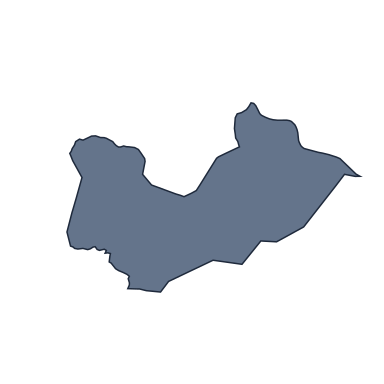 Luzilândia, Piauí, Brazil (Mercator projection), rotated 38°
{"feature_id": "56859067B92615603488319", "entity_name": "Luzilândia", "entity_type": "district", "adm_level": 2, "iso_a3": "BRA", "parent_name": "Brazil", "parent_adm1": "Piauí", "projection": "mercator", "projection_center": [-42.399, -3.602], "detail": "fine", "context": "isolated", "style": "filled", "palette": "slate", "viewbox_px": 384, "rotation_deg": 38, "n_neighbors": 0, "source": "geoboundaries", "source_scale": "gbopen_adm2", "svg_char_len": 1700}
<svg xmlns="http://www.w3.org/2000/svg" viewBox="0 0 384 384"><g transform="rotate(38 192 192)"><path d="M267.3,82.9L253.6,88.7L251.5,88.8L249.3,88.5L246.0,86.9L244.3,85.8L238.9,80.2L236.4,78.2L233.9,76.7L231.6,75.7L227.0,75.2L225.0,75.7L222.5,77.0L215.3,82.7L211.5,85.1L208.0,86.7L203.9,87.9L199.5,88.8L197.1,88.5L193.2,86.6L189.1,84.7L186.1,84.2L183.6,85.4L184.2,89.7L184.2,93.6L182.2,98.9L179.5,102.6L180.4,106.9L186.4,115.9L190.5,119.8L193.2,122.6L197.0,124.0L199.8,126.1L201.6,127.2L194.8,140.7L191.2,148.0L190.6,150.3L193.9,181.5L194.5,188.2L192.3,193.3L188.6,200.6L184.8,201.8L180.5,203.5L155.8,211.4L142.2,208.5L136.2,196.8L134.1,194.8L128.0,192.8L123.6,191.5L119.4,192.3L116.9,193.8L114.4,195.3L112.4,196.7L109.8,197.8L108.1,200.4L106.4,201.8L103.8,202.1L101.3,201.8L98.5,201.1L94.8,201.8L91.4,202.4L89.2,203.3L86.4,205.4L81.5,207.1L78.4,209.8L77.3,212.1L74.2,218.2L70.8,219.6L69.3,223.9L70.5,227.4L70.9,231.7L71.8,234.2L71.9,236.8L74.2,238.1L78.8,240.8L96.4,248.3L104.6,268.2L109.3,280.0L110.1,282.1L118.1,300.5L129.6,309.4L132.0,308.6L134.3,308.7L137.2,307.2L140.8,303.6L145.3,301.6L146.9,299.3L147.9,296.4L149.4,294.7L152.6,295.7L155.0,295.0L158.1,291.1L160.5,290.8L161.2,293.7L163.1,291.8L165.6,290.7L166.8,293.1L169.8,298.1L172.1,297.8L179.0,299.5L182.6,299.1L187.3,297.8L191.5,296.9L194.5,297.0L195.1,299.6L198.6,302.1L199.9,303.9L200.9,307.7L207.9,302.6L210.4,300.7L216.7,297.9L228.8,290.2L228.6,276.9L239.6,254.8L240.9,252.2L250.6,232.8L275.9,218.2L276.4,188.2L289.3,179.2L301.5,150.8L301.5,124.9L301.5,115.1L301.5,99.3L301.3,84.2L311.0,79.2L314.7,76.2L310.2,76.9L288.0,74.6L284.2,75.6L276.9,78.3L270.7,81.1L267.3,82.9Z" fill="#64748b" stroke="#1e293b" stroke-width="1.5"/></g></svg>